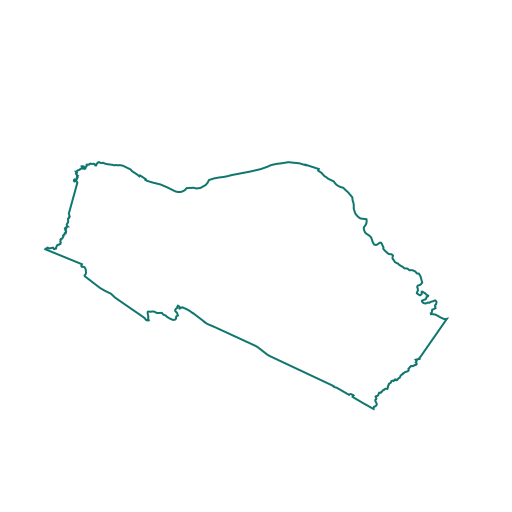 Tamalameque, Cesar, Colombia, rotated 116°
{"feature_id": "7082276B88899531515533", "entity_name": "Tamalameque", "entity_type": "district", "adm_level": 2, "iso_a3": "COL", "parent_name": "Colombia", "parent_adm1": "Cesar", "projection": "natural_earth1", "projection_center": [-73.751, 8.897], "detail": "fine", "context": "isolated", "style": "outline", "palette": "teal", "viewbox_px": 512, "rotation_deg": 116, "n_neighbors": 0, "source": "geoboundaries", "source_scale": "gbopen_adm2", "svg_char_len": 6019}
<svg xmlns="http://www.w3.org/2000/svg" viewBox="0 0 512 512"><g transform="rotate(116 256 256)"><path d="M208.4,331.6L211.4,331.6L214.3,332.4L219.4,335.9L220.6,338.0L221.3,338.8L222.1,342.1L223.2,344.0L223.6,345.1L224.3,346.0L225.3,348.0L228.2,348.9L230.3,350.5L231.6,351.9L232.7,354.2L233.2,356.3L233.3,358.8L233.2,365.9L233.6,373.3L235.3,381.2L236.2,386.7L236.1,388.8L235.3,388.7L234.4,395.5L235.5,395.6L235.4,396.3L234.8,398.9L234.1,404.7L233.6,405.6L233.2,406.7L233.2,415.4L234.2,418.7L234.9,419.5L235.3,420.5L235.5,421.6L236.2,422.4L236.7,423.4L236.8,424.5L238.3,428.8L239.2,432.1L239.2,434.3L240.0,435.1L240.5,436.2L240.4,438.2L240.8,438.8L241.7,439.0L242.9,439.7L244.1,439.3L244.8,439.5L245.0,440.3L244.2,441.7L244.2,442.3L245.3,444.0L245.6,445.4L246.1,445.9L247.0,446.1L247.4,446.6L248.0,448.1L248.5,448.3L249.4,447.6L249.7,447.6L250.7,448.0L252.1,447.7L252.9,448.3L252.3,449.4L251.4,449.7L251.0,450.1L251.6,451.9L251.8,452.1L252.1,451.8L252.0,450.5L252.1,450.2L252.3,450.0L253.4,450.0L254.5,452.0L255.8,452.3L257.3,453.9L258.6,454.2L259.2,455.1L259.3,455.0L259.5,453.5L259.9,453.4L260.9,453.9L261.4,453.3L261.6,452.4L262.3,452.1L262.2,451.5L262.8,451.7L263.2,450.8L263.7,450.8L264.0,451.3L264.4,451.3L265.0,450.7L265.4,450.7L266.4,451.4L266.4,452.1L266.7,452.7L267.4,452.9L268.3,452.6L268.5,452.2L268.5,451.7L267.7,450.7L267.5,449.8L268.4,448.7L300.0,442.8L301.3,441.5L302.0,441.3L302.3,440.7L303.0,440.8L303.3,441.0L303.7,440.7L304.1,440.8L304.7,441.3L305.1,441.3L306.2,440.5L308.4,439.6L309.2,439.9L310.7,439.9L311.5,439.3L311.9,438.3L312.1,438.8L313.0,438.6L313.5,439.2L314.3,438.8L314.3,439.7L315.2,439.8L315.6,439.1L316.4,438.7L316.4,438.1L317.0,437.5L317.6,437.3L318.2,437.6L318.5,437.1L319.0,437.0L319.6,437.9L320.8,437.5L321.4,438.1L321.8,438.1L322.2,438.4L322.4,438.3L322.9,437.7L324.1,437.7L325.5,438.0L325.9,438.2L326.1,438.8L326.9,439.0L327.7,438.3L328.9,438.2L329.4,437.5L330.6,437.1L330.9,437.1L331.4,437.8L332.1,437.9L332.4,438.5L333.4,439.4L335.9,439.4L337.0,439.0L337.7,439.9L338.2,440.2L338.3,440.8L337.6,441.6L337.5,442.2L339.4,444.5L339.9,445.7L339.8,446.9L340.5,447.2L341.6,448.3L342.3,448.4L339.7,408.8L341.4,408.7L341.9,408.3L342.0,407.6L341.3,406.2L341.3,405.0L341.8,404.2L343.1,402.9L345.7,401.4L346.9,401.2L348.8,401.5L349.3,400.9L353.1,382.1L353.5,376.6L353.5,369.7L355.2,364.4L360.2,331.2L360.7,328.7L361.6,327.1L361.7,326.3L361.3,324.8L361.0,324.4L360.9,324.6L361.3,325.3L361.1,325.5L360.8,325.0L360.5,325.3L360.1,324.9L358.8,325.9L357.8,326.1L355.2,328.2L353.6,328.8L353.2,328.6L352.3,326.3L351.0,324.3L350.6,322.7L350.7,320.0L348.4,315.7L349.3,313.7L349.1,311.4L349.8,308.6L350.0,306.5L349.9,303.0L349.4,301.7L348.9,301.1L348.2,300.6L347.1,300.5L345.7,301.1L345.0,301.1L344.1,300.3L343.7,300.1L341.7,302.1L341.0,304.2L340.6,304.7L339.1,305.0L337.3,304.2L336.0,304.5L334.9,304.4L335.1,302.5L335.4,302.3L336.7,302.0L336.8,301.7L336.4,301.2L335.6,301.0L334.8,299.8L334.4,299.7L334.2,295.3L334.4,291.6L335.1,287.8L334.9,287.7L337.8,273.3L338.0,273.3L338.4,270.0L338.0,262.3L337.0,216.6L337.3,213.9L339.6,203.1L339.9,200.1L338.9,130.7L339.0,129.1L339.3,129.1L339.4,127.6L339.0,125.8L340.0,111.5L339.5,111.4L338.6,110.5L338.4,109.1L338.6,108.1L338.4,107.7L338.5,107.2L339.6,107.6L340.3,107.5L341.5,92.5L341.4,92.4L342.0,83.3L339.8,83.9L338.6,82.7L337.8,82.4L336.7,82.3L335.6,83.0L334.0,85.2L332.9,85.7L332.1,85.2L331.5,85.3L329.9,86.9L329.3,86.6L328.6,85.6L327.8,85.4L327.1,85.1L326.2,85.4L324.9,85.4L324.4,84.1L324.1,83.8L323.3,83.9L322.5,83.2L321.8,83.3L320.4,82.7L320.1,82.1L319.4,82.0L318.9,81.7L318.4,81.2L317.9,79.7L316.2,79.8L315.5,80.3L313.5,80.2L313.3,80.5L312.9,80.5L312.1,80.3L311.5,79.7L310.6,79.3L309.1,79.5L308.1,78.5L308.1,77.6L307.4,77.2L306.3,77.2L305.9,76.8L305.9,76.3L306.2,75.8L305.8,75.4L305.9,75.0L305.5,74.7L304.8,74.8L304.0,74.3L303.3,74.2L302.3,73.4L300.0,73.6L298.0,72.5L297.5,72.6L297.3,72.2L296.8,72.2L294.9,71.0L293.0,69.0L291.5,68.7L290.4,69.6L288.8,68.9L288.0,68.9L287.8,68.6L287.2,68.6L286.6,67.9L286.2,66.6L285.4,66.3L284.7,65.5L284.4,65.5L283.9,64.6L282.6,64.2L281.9,64.9L281.6,65.8L280.5,65.5L279.8,65.9L279.3,67.1L278.9,66.8L278.3,65.4L277.3,65.1L277.1,64.1L276.7,63.8L276.3,64.2L275.7,64.3L275.2,64.1L228.8,56.9L229.8,58.1L230.1,59.2L230.3,60.6L230.3,64.1L230.2,64.6L230.0,69.0L231.0,72.2L231.6,73.2L230.9,73.8L230.4,73.4L229.5,73.3L227.0,74.1L226.0,73.1L224.1,71.8L223.2,72.7L222.8,72.7L222.1,73.4L221.3,73.4L220.4,73.0L219.6,73.2L218.5,73.5L217.9,73.9L217.5,74.6L217.4,75.6L219.3,77.3L220.6,78.9L222.1,79.7L222.5,81.2L223.8,82.1L224.4,82.9L224.9,84.8L224.4,86.5L224.0,87.0L223.5,87.2L222.2,86.2L220.4,84.5L218.3,84.7L216.8,83.8L216.2,83.8L216.1,84.0L216.1,85.8L215.4,87.7L215.1,90.9L215.2,91.2L215.6,91.4L217.4,90.5L217.8,90.5L219.2,91.1L219.5,91.7L219.5,92.1L219.0,95.1L218.7,95.3L216.0,95.4L214.6,96.1L213.3,97.5L212.4,97.7L211.5,97.4L209.7,95.6L207.1,94.9L202.3,99.1L200.5,101.7L200.5,102.3L201.0,103.2L201.1,103.8L200.6,105.0L200.1,105.9L200.1,108.0L200.3,109.6L201.5,111.7L201.4,112.4L201.1,113.4L201.0,114.7L201.9,116.8L202.0,117.6L201.5,119.0L201.2,123.6L200.5,125.0L200.7,126.3L200.5,128.7L199.4,130.2L198.9,131.5L198.0,132.5L195.6,133.1L195.3,133.8L195.1,134.8L195.2,135.4L195.9,137.0L196.0,137.9L195.5,139.9L194.4,143.3L193.7,144.8L192.4,145.2L189.3,149.1L189.4,149.9L189.7,150.5L192.6,152.1L193.5,153.0L193.9,154.8L193.2,156.0L191.8,157.7L188.9,160.6L188.0,163.0L187.5,167.0L186.9,168.5L185.2,170.3L184.0,171.2L182.8,171.6L179.6,171.0L177.8,171.2L175.8,172.0L174.5,172.9L176.1,177.4L176.4,178.5L176.4,179.4L176.2,180.7L175.5,182.9L174.4,185.1L173.0,186.7L170.6,188.9L167.1,190.6L165.0,192.2L163.6,193.6L161.1,195.1L158.5,200.9L157.0,206.0L156.4,207.4L157.0,210.4L156.9,213.7L156.5,215.5L155.7,217.4L154.9,218.6L154.9,225.2L154.4,227.3L154.2,229.5L152.6,233.5L152.0,237.6L150.3,237.7L152.2,251.3L152.6,251.1L153.7,257.7L157.5,268.1L161.1,273.1L164.4,278.2L167.8,282.4L170.9,285.0L175.7,289.7L182.4,297.9L193.9,313.3L196.8,316.6L199.1,319.7L201.9,324.0L204.9,328.0L208.4,331.6Z" fill="none" stroke="#0f766e" stroke-width="2"/></g></svg>